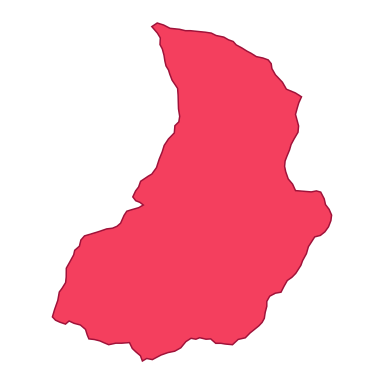 outline of Ouro Verde, São Paulo, Brazil
{"feature_id": "56859067B76679306167420", "entity_name": "Ouro Verde", "entity_type": "district", "adm_level": 2, "iso_a3": "BRA", "parent_name": "Brazil", "parent_adm1": "São Paulo", "projection": "mercator", "projection_center": [-51.742, -21.497], "detail": "fine", "context": "isolated", "style": "filled", "palette": "rose", "viewbox_px": 384, "rotation_deg": 0, "n_neighbors": 0, "source": "geoboundaries", "source_scale": "gbopen_adm2", "svg_char_len": 2093}
<svg xmlns="http://www.w3.org/2000/svg" viewBox="0 0 384 384"><path d="M301.5,96.8L295.5,93.0L286.4,89.2L282.4,82.2L275.4,74.8L271.9,68.6L271.2,63.7L268.2,59.9L262.9,58.0L256.3,56.6L251.1,53.3L246.9,51.1L241.8,47.9L236.2,44.9L233.2,41.5L228.5,39.8L223.8,37.1L216.1,35.5L211.3,33.1L205.3,32.2L199.3,31.6L190.5,30.7L185.5,30.7L179.6,29.3L170.0,28.3L163.6,25.0L157.2,23.0L151.8,26.6L157.4,33.1L160.3,37.9L160.0,44.6L162.3,48.9L164.0,55.3L164.9,61.1L166.0,65.9L168.5,70.0L169.8,74.2L172.1,80.2L177.6,88.4L178.1,95.3L178.3,102.8L178.5,108.9L179.7,116.4L178.8,121.9L174.9,125.7L174.3,132.9L168.5,138.9L164.2,145.4L162.2,151.9L159.2,159.2L156.5,167.6L151.8,174.1L148.2,176.2L140.6,181.3L138.6,187.0L135.6,190.9L132.8,196.9L135.7,200.7L140.0,202.4L143.3,205.0L138.6,207.7L131.3,209.8L126.8,211.2L124.1,215.3L120.6,223.2L117.0,226.3L112.5,228.2L106.7,228.9L97.2,232.1L84.5,235.9L80.9,240.0L79.4,246.2L74.7,250.3L73.7,254.8L70.0,261.6L66.3,268.2L66.2,277.1L65.6,282.6L62.0,288.4L59.3,292.0L57.8,300.4L54.6,309.5L52.4,316.9L55.5,320.2L59.9,322.2L65.5,324.1L69.1,321.0L74.0,323.3L80.4,325.0L85.5,329.4L87.2,334.8L88.9,338.9L94.3,339.5L99.9,340.9L103.9,342.7L108.7,344.7L115.8,343.2L121.5,343.2L129.5,342.6L132.3,348.5L135.9,351.9L140.4,355.7L142.4,361.0L146.7,358.5L152.4,359.6L156.9,357.2L161.1,355.0L167.9,352.6L174.7,351.2L180.8,347.8L185.9,341.6L191.0,338.3L195.9,339.2L199.7,337.7L206.0,339.2L210.7,338.9L215.7,343.3L220.9,343.3L225.1,344.0L232.5,344.7L238.2,339.4L245.3,337.8L250.1,332.9L255.2,328.8L258.9,325.8L262.1,322.4L264.3,318.4L265.2,312.4L266.8,306.3L266.8,301.4L269.7,296.2L275.3,293.2L281.0,292.2L284.0,286.3L287.3,280.5L292.1,277.1L295.8,273.3L300.9,265.3L302.6,260.6L306.4,253.7L308.4,246.7L314.7,236.9L320.4,235.4L324.9,231.8L328.5,226.8L330.9,220.6L331.6,215.1L329.1,209.3L325.5,204.6L324.2,198.8L320.7,192.1L316.4,190.9L311.3,191.9L295.5,190.6L292.6,184.2L288.2,178.9L285.7,171.7L284.6,166.4L285.1,161.0L287.0,156.0L289.5,150.0L291.1,144.5L294.2,138.7L298.0,132.3L298.6,126.0L295.5,114.4L297.3,107.8L298.8,102.8L301.5,96.8Z" fill="#f43f5e" stroke="#9f1239" stroke-width="1.5"/></svg>